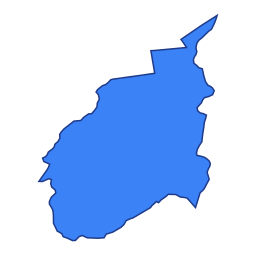 outline of Manaíra, Paraíba, Brazil
{"feature_id": "56859067B81627893661262", "entity_name": "Manaíra", "entity_type": "district", "adm_level": 2, "iso_a3": "BRA", "parent_name": "Brazil", "parent_adm1": "Paraíba", "projection": "albers", "projection_center": [-38.195, -7.703], "detail": "fine", "context": "isolated", "style": "filled", "palette": "blue", "viewbox_px": 256, "rotation_deg": 0, "n_neighbors": 0, "source": "geoboundaries", "source_scale": "gbopen_adm2", "svg_char_len": 1932}
<svg xmlns="http://www.w3.org/2000/svg" viewBox="0 0 256 256"><path d="M150.9,50.7L154.7,73.3L137.3,75.8L113.2,79.1L110.7,79.8L108.0,82.7L105.4,84.7L102.6,85.6L100.5,87.2L97.4,89.8L96.1,92.1L98.4,94.7L99.3,99.2L97.3,103.1L97.0,106.8L94.7,110.2L91.6,113.7L88.6,113.9L83.6,117.4L80.8,120.5L77.5,120.8L74.0,121.1L70.0,124.2L64.1,128.8L61.2,132.0L59.7,134.4L59.9,138.2L57.8,141.7L55.0,144.1L54.0,147.4L52.2,149.1L48.4,152.0L47.2,154.8L45.5,156.7L42.6,158.1L43.9,161.6L49.7,164.1L48.2,167.9L46.6,170.5L38.9,181.4L42.5,181.5L48.7,178.7L51.4,179.6L50.7,183.6L51.7,187.1L55.2,190.0L55.8,193.0L51.4,197.1L49.4,201.4L49.4,204.0L52.4,209.1L53.1,211.8L53.4,215.1L53.5,223.3L57.3,231.2L59.6,232.3L61.9,233.9L63.2,236.7L67.5,238.2L72.6,240.6L75.5,240.4L79.2,236.5L82.3,235.5L87.3,237.8L98.3,238.2L104.0,237.8L106.3,234.1L112.8,232.1L117.8,229.2L121.0,227.3L123.9,224.6L126.2,220.6L130.2,218.8L133.0,217.9L150.5,207.6L152.0,205.5L154.6,203.3L156.3,201.5L158.5,202.7L161.2,199.8L165.7,196.7L168.3,194.3L175.8,194.5L180.3,197.0L183.8,197.4L186.9,198.0L189.3,200.5L195.5,207.6L200.1,192.8L203.6,189.6L205.4,186.5L207.2,183.0L209.2,179.4L208.3,176.3L207.1,172.2L208.4,168.8L209.7,166.5L210.3,163.7L209.2,161.0L207.0,159.0L204.8,157.5L201.7,156.4L197.0,155.4L196.5,152.9L197.4,149.2L199.2,145.8L201.9,141.6L202.4,136.7L202.9,132.8L203.6,128.5L204.4,122.1L205.5,119.0L206.4,115.1L203.1,113.6L200.1,112.9L197.8,110.9L197.0,107.7L199.1,105.4L201.5,102.7L202.4,100.4L204.3,97.7L208.8,96.5L212.6,94.7L214.2,90.8L212.6,88.1L210.6,86.5L207.9,85.2L205.5,81.6L203.7,75.4L202.9,71.5L202.3,68.8L198.8,67.7L196.6,65.3L194.0,63.4L193.4,59.5L194.6,56.6L196.0,54.5L196.8,51.7L196.0,48.0L196.4,45.1L197.2,42.6L198.9,40.2L201.7,38.0L203.9,35.9L206.3,33.6L208.5,31.4L211.5,29.2L213.2,25.8L214.6,22.8L216.0,19.1L217.1,15.4L201.6,25.3L188.2,34.5L181.0,39.4L183.2,42.4L186.5,47.5L165.2,49.5L154.4,50.5L150.9,50.7Z" fill="#3b82f6" stroke="#1e3a8a" stroke-width="1.5"/></svg>